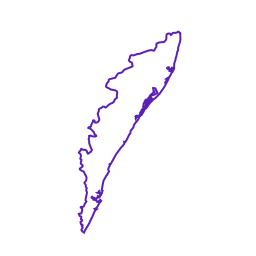 the State of Kerala, rotated 232°
{"feature_id": "IND-2442", "entity_name": "Kerala", "entity_type": "State", "adm_level": 1, "iso_a3": "IND", "parent_name": "India", "parent_adm1": "", "projection": "orthographic", "projection_center": [76.221, 10.533], "detail": "fine", "context": "isolated", "style": "outline", "palette": "violet", "viewbox_px": 256, "rotation_deg": 232, "n_neighbors": 0, "source": "natural_earth", "source_scale": "10m", "svg_char_len": 5839}
<svg xmlns="http://www.w3.org/2000/svg" viewBox="0 0 256 256"><g transform="rotate(232 128 128)"><path d="M88.4,62.0L87.9,62.2L87.7,62.4L87.8,62.6L87.1,62.0L86.8,61.1L86.6,59.5L85.0,55.8L84.4,53.7L84.8,51.9L84.3,52.1L83.3,53.1L83.3,52.0L83.1,51.0L82.4,49.4L79.6,44.6L79.2,43.3L78.5,42.5L78.2,41.2L76.9,39.1L73.7,30.8L72.6,29.0L74.5,28.4L75.4,28.4L76.3,28.5L76.7,29.0L77.1,30.5L77.5,30.9L79.0,31.2L78.9,31.9L79.2,32.3L79.9,32.5L80.9,31.8L81.5,31.8L83.2,32.7L83.3,32.9L83.0,34.0L83.3,34.6L83.6,35.0L83.9,35.2L84.9,34.8L85.3,34.9L86.2,36.1L86.8,36.5L87.3,36.4L88.0,35.9L88.6,35.8L90.6,36.4L90.3,37.3L89.7,38.0L89.5,38.5L89.7,39.2L90.3,39.7L90.9,40.7L91.5,41.1L92.2,42.1L92.4,42.2L94.2,41.8L94.6,41.9L94.8,42.1L94.5,43.0L93.7,43.7L93.6,44.0L93.5,45.0L93.8,45.7L94.8,47.0L95.6,49.9L97.2,50.1L97.9,50.7L102.0,55.5L102.7,56.1L104.0,56.5L105.0,57.0L106.0,58.5L107.5,58.5L109.2,59.6L109.8,59.7L111.0,59.7L111.7,60.0L112.1,61.8L112.4,62.6L113.3,63.8L114.1,64.5L114.7,64.9L116.2,65.4L118.0,65.6L120.4,66.2L121.3,66.1L123.0,65.2L124.5,64.6L125.2,64.7L125.6,64.9L125.7,65.2L125.6,68.4L126.4,69.2L127.1,69.3L128.1,68.9L129.3,69.1L130.1,69.7L131.3,71.6L131.8,71.7L132.5,71.4L133.3,71.6L134.6,73.3L135.5,74.1L137.0,74.5L138.2,74.1L138.7,74.1L139.0,74.4L139.3,75.2L139.5,76.9L140.3,78.1L140.1,78.6L138.8,79.0L138.3,79.4L137.3,80.7L136.8,81.1L135.8,81.3L135.1,81.3L133.6,80.7L132.5,80.6L132.1,81.4L132.4,82.5L132.1,83.9L132.6,85.4L133.2,86.2L135.1,86.5L139.8,88.0L141.5,89.3L143.2,90.0L143.6,90.3L144.5,91.7L145.7,92.4L145.3,93.5L142.7,95.4L141.4,97.0L141.2,97.9L141.6,98.2L142.3,98.3L143.6,97.8L145.6,98.5L149.9,98.1L150.9,97.8L152.4,96.7L152.6,96.8L152.6,97.9L152.1,99.0L152.0,99.6L152.3,100.2L153.3,101.2L154.5,104.2L155.4,105.0L155.5,105.3L155.2,105.7L154.5,106.1L152.9,105.5L152.5,105.5L152.0,105.9L151.6,106.6L151.3,107.8L151.5,109.3L152.1,110.3L152.7,110.8L153.4,111.2L155.5,111.8L158.1,113.1L159.3,115.5L160.5,116.3L160.8,117.1L160.3,119.3L160.2,121.6L159.7,122.2L159.1,122.5L158.2,122.7L157.9,123.0L157.8,123.6L158.1,127.2L157.9,129.5L157.4,130.9L157.3,132.3L157.7,133.7L158.6,135.1L158.7,135.7L158.6,137.4L158.7,137.9L160.5,139.2L162.2,141.1L163.8,141.8L165.1,141.4L166.5,140.3L168.9,138.2L171.4,137.2L173.0,136.4L174.0,136.1L174.9,136.8L176.2,139.0L176.5,140.8L176.8,141.4L177.0,141.8L177.7,142.3L177.8,142.6L177.7,143.9L175.5,148.7L175.5,149.1L176.1,150.5L177.0,153.3L177.0,153.7L176.9,154.4L175.7,156.8L175.6,157.3L175.6,157.9L176.1,160.6L176.1,161.4L173.9,168.8L173.9,169.5L174.1,169.9L175.6,170.4L176.4,171.2L177.2,171.2L179.2,170.3L180.6,170.2L181.1,170.7L181.8,172.2L183.2,173.8L183.4,174.4L183.4,175.5L181.9,176.9L180.6,180.7L179.4,182.6L176.9,190.5L175.8,193.1L175.0,194.4L173.0,195.9L173.1,196.7L174.7,200.6L176.5,201.9L176.9,202.6L176.1,205.5L173.7,209.1L173.6,209.5L174.0,211.9L174.7,213.2L176.8,214.8L177.6,215.6L178.0,216.5L178.0,216.9L177.4,218.3L176.5,219.1L175.7,219.5L175.0,219.0L174.9,219.0L174.9,220.1L175.3,221.7L174.8,222.8L173.8,223.9L173.3,224.9L173.1,225.3L173.1,226.6L172.6,227.2L172.3,227.3L171.2,227.2L170.7,227.6L165.7,224.0L164.2,222.4L160.6,217.2L158.2,215.1L157.7,213.7L154.5,210.0L154.0,208.9L152.5,207.5L150.9,204.9L150.2,204.0L146.5,200.9L145.8,199.9L146.0,199.4L146.5,199.3L147.1,200.3L147.9,200.1L149.2,199.3L147.5,199.6L147.1,199.0L147.1,198.6L148.0,197.4L148.4,197.2L150.8,197.5L150.9,197.3L149.8,196.6L151.3,196.0L151.3,195.7L150.8,195.5L150.2,195.7L149.7,195.9L149.2,196.6L148.6,196.5L147.5,196.0L147.3,196.3L146.8,197.6L146.5,198.1L146.1,197.5L146.6,196.9L146.8,196.3L146.1,196.7L145.6,197.2L145.4,197.9L145.6,198.7L145.1,198.4L144.8,197.7L144.5,195.9L143.9,195.0L143.4,193.6L142.2,190.9L142.2,189.9L142.5,190.9L142.9,190.9L143.1,188.4L142.7,188.7L142.5,189.3L142.2,189.3L141.4,186.6L140.7,185.1L140.1,185.1L140.2,185.5L141.6,188.9L141.6,189.6L141.4,189.6L137.9,181.6L135.6,174.2L134.7,168.0L135.0,166.8L134.1,160.2L133.1,156.9L132.8,156.4L132.3,153.8L133.0,153.3L133.8,153.9L134.5,154.9L134.7,155.7L134.5,155.9L133.5,155.6L133.2,155.7L133.4,156.8L133.7,157.2L134.1,157.4L134.4,156.5L134.6,157.1L134.6,157.8L134.3,158.7L135.1,158.4L135.3,158.1L135.0,157.4L135.5,157.0L136.8,165.0L137.1,165.0L137.2,163.8L136.8,161.0L137.1,159.8L136.2,158.5L136.0,157.8L136.5,157.4L137.7,159.8L137.7,162.0L138.1,164.3L138.5,165.2L139.2,165.9L139.2,166.6L138.3,168.3L137.5,172.3L137.6,172.9L140.6,173.6L141.0,173.5L142.1,174.0L142.9,173.7L144.0,172.3L141.6,171.0L140.7,171.4L139.8,170.8L140.4,169.7L140.2,167.8L140.1,165.8L139.9,165.0L139.6,164.5L139.2,164.7L139.2,162.9L138.6,161.2L138.8,160.4L139.3,159.6L139.2,158.7L137.9,156.2L137.7,155.4L136.0,153.8L135.6,153.2L134.9,153.9L134.2,152.7L133.8,151.0L134.0,150.1L133.2,149.6L132.7,147.2L132.3,147.1L132.0,146.8L131.4,145.6L131.1,146.5L132.0,148.8L132.1,150.6L132.6,152.3L132.0,151.7L131.4,150.6L130.0,147.0L130.1,145.3L129.8,144.8L129.8,144.1L131.8,143.0L132.3,142.4L132.6,141.8L132.5,141.1L131.8,141.3L131.0,140.0L130.5,139.8L131.1,141.3L131.2,142.1L130.8,142.8L130.1,143.3L129.5,143.1L128.7,141.9L128.1,140.1L127.3,136.5L126.7,134.6L125.1,132.5L124.3,128.9L124.0,128.2L122.4,126.6L122.0,124.8L119.4,119.5L119.1,118.4L118.7,117.7L118.6,117.3L118.7,117.1L119.5,116.4L118.2,115.8L117.5,114.0L116.8,110.3L114.8,103.0L110.9,93.6L110.4,92.6L110.3,92.1L110.7,91.8L110.9,91.4L110.6,90.9L110.0,91.1L109.5,90.4L108.8,88.7L108.0,87.4L107.5,86.8L105.4,86.3L105.1,85.8L104.7,84.1L103.9,83.0L104.1,82.4L101.7,76.6L100.6,75.1L95.2,69.0L94.1,69.3L93.9,68.7L92.8,67.4L92.1,66.0L92.9,65.8L96.1,66.5L96.1,66.2L95.5,65.9L95.3,65.4L95.8,64.1L95.2,64.4L94.4,65.1L93.9,65.3L93.1,65.2L92.4,64.9L91.8,64.5L90.8,62.8L90.9,62.5L92.4,62.6L93.0,62.4L92.8,62.0L91.9,61.1L92.0,60.4L91.8,59.9L92.2,58.8L92.8,58.2L93.4,58.6L95.3,57.3L96.0,57.3L96.0,56.7L95.3,56.4L94.1,57.0L92.7,56.6L91.9,57.5L91.2,57.9L90.7,58.5L89.2,58.1L88.4,58.5L88.4,62.0Z" fill="none" stroke="#5b21b6" stroke-width="2"/></g></svg>